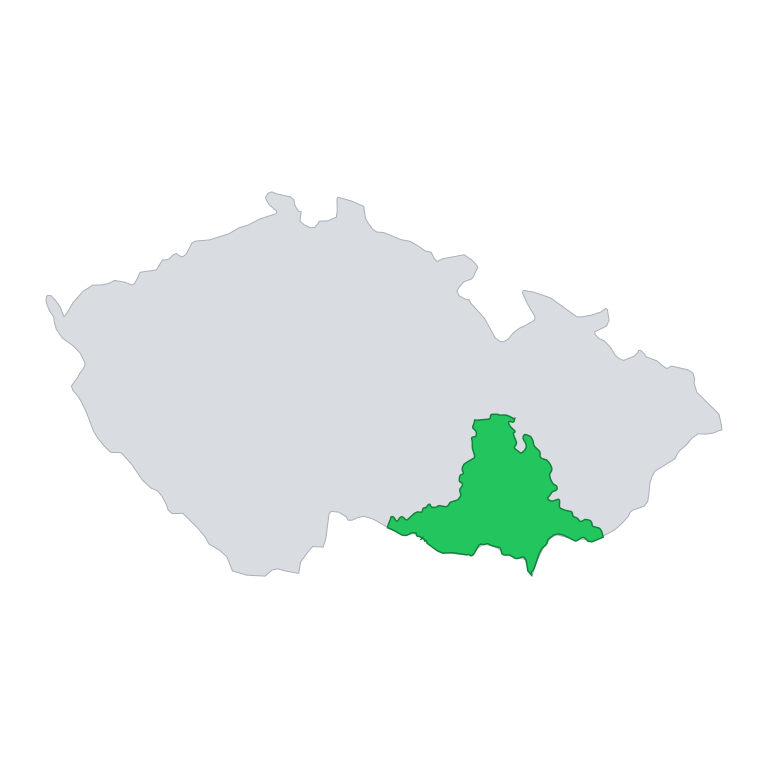 location of Jihomoravský within Czechia
{"feature_id": "CZE-10370", "entity_name": "Jihomoravský", "entity_type": "Region", "adm_level": 1, "iso_a3": "CZE", "parent_name": "Czechia", "parent_adm1": "", "projection": "orthographic", "projection_center": [16.577, 49.119], "detail": "fine", "context": "in_parent", "style": "filled", "palette": "green", "viewbox_px": 768, "rotation_deg": 0, "n_neighbors": 0, "source": "natural_earth", "source_scale": "10m", "svg_char_len": 7232}
<svg xmlns="http://www.w3.org/2000/svg" viewBox="0 0 768 768"><path d="M721.9,430.1L719.4,430.4L713.6,433.0L706.2,434.1L698.1,433.8L692.0,438.2L686.2,445.1L680.2,450.0L677.0,454.3L675.2,458.6L654.7,471.4L652.0,476.6L649.8,483.6L649.0,493.1L647.7,501.6L644.2,506.1L633.0,510.1L630.2,512.3L628.2,516.6L622.0,523.3L614.7,529.8L601.1,537.2L586.4,539.6L567.3,537.5L556.2,534.7L550.8,537.9L543.4,547.3L535.5,563.6L532.2,575.8L529.6,572.4L525.0,559.5L519.8,557.8L512.7,556.6L507.4,554.7L495.8,547.3L489.9,545.1L483.2,544.5L476.7,548.8L471.8,554.0L456.6,553.9L439.9,551.4L416.2,534.0L410.0,533.8L403.4,534.5L393.0,530.4L373.0,519.0L363.7,516.2L357.7,517.7L352.2,520.1L348.3,520.3L346.1,516.7L338.7,512.1L331.2,511.4L329.0,514.0L325.9,538.4L323.2,547.1L312.8,546.5L309.0,550.5L300.6,562.1L298.7,573.4L284.6,570.8L277.9,568.8L272.0,570.0L265.2,576.1L246.9,575.2L232.5,571.0L226.8,556.7L220.3,550.9L212.1,545.7L209.3,544.5L204.9,536.7L196.6,526.9L183.0,513.4L172.0,513.6L168.1,510.0L166.6,505.1L162.3,496.7L157.5,490.8L151.3,488.3L142.8,480.6L131.6,464.2L121.2,452.7L110.7,452.3L104.4,446.3L98.0,438.4L93.4,430.9L86.6,412.7L81.6,402.3L77.6,395.8L72.9,390.4L71.4,386.1L77.9,377.0L80.3,372.5L83.1,369.1L84.8,365.3L84.9,362.5L80.0,352.9L73.0,345.7L62.6,338.3L56.3,329.3L54.2,321.3L53.7,316.9L49.4,310.8L46.1,302.0L46.4,296.8L47.4,295.4L51.0,295.7L54.7,299.4L59.9,306.5L64.0,316.7L67.0,313.0L72.9,302.8L82.9,291.4L92.8,285.1L101.5,285.0L108.6,283.5L114.6,280.4L124.8,282.2L132.0,285.1L134.5,283.6L137.8,277.6L140.0,272.3L156.4,269.9L162.5,259.9L165.7,260.0L169.4,258.7L173.0,254.9L176.4,253.4L178.9,255.5L182.3,256.9L186.0,254.6L191.9,243.0L194.9,241.2L209.3,239.9L229.0,233.7L239.1,227.8L248.8,224.8L259.4,219.1L276.0,213.7L276.9,211.4L269.5,205.1L267.0,201.3L265.4,197.3L268.2,193.1L271.9,191.9L276.5,193.8L290.1,196.8L293.8,199.4L295.0,205.5L298.4,211.2L301.2,211.9L299.9,221.1L304.2,224.8L310.6,227.8L314.8,227.3L318.0,223.6L319.2,221.1L327.7,220.9L336.4,217.1L337.2,210.8L337.0,198.9L337.9,197.2L350.8,200.8L363.8,206.4L365.4,218.3L368.8,224.1L372.8,229.5L376.7,232.0L383.6,232.5L401.2,239.7L409.8,241.2L418.5,246.2L425.8,251.2L431.2,252.3L433.7,257.7L436.9,261.5L442.8,258.7L464.2,254.8L471.9,260.1L477.1,265.8L477.8,267.6L475.1,272.6L473.7,276.5L471.5,279.0L464.1,281.7L460.0,286.1L456.9,290.9L458.9,295.6L464.9,299.1L469.2,299.9L470.8,303.2L484.5,318.4L495.4,338.1L499.6,341.2L503.6,341.9L508.2,339.0L513.5,332.6L519.8,328.0L525.2,325.6L534.6,320.1L534.9,316.5L527.0,303.2L522.4,292.4L523.5,290.4L533.5,292.1L550.6,297.9L577.0,316.9L581.7,316.9L590.9,315.3L600.9,312.0L605.6,308.4L607.4,309.7L609.1,320.3L606.5,326.1L594.6,331.9L595.4,334.7L598.5,338.3L603.9,340.6L610.6,347.4L615.2,355.2L619.3,358.7L623.7,360.4L634.5,356.0L637.6,352.6L638.9,350.3L641.0,350.7L644.9,354.5L646.1,356.8L656.9,360.9L663.1,366.2L667.1,368.6L671.4,366.0L688.3,369.9L693.1,373.4L694.7,379.3L694.0,382.9L696.8,392.3L718.9,414.1L721.5,425.6L721.9,430.1Z" fill="#d9dde1" stroke="#a8b0b8" stroke-width="1"/><path d="M403.7,535.4L401.4,534.8L393.5,530.2L387.4,527.7L387.7,526.2L388.1,525.3L388.5,524.1L390.1,520.1L390.7,518.5L390.7,517.9L391.0,517.2L391.4,516.7L392.0,516.6L392.7,516.7L393.5,517.1L394.2,517.8L396.1,520.9L396.7,521.2L397.3,521.1L397.8,520.7L398.7,519.4L399.0,518.8L399.7,517.9L400.8,517.1L401.5,516.8L402.2,516.8L402.9,517.1L405.9,519.8L406.5,520.0L407.2,519.9L414.6,513.2L417.5,511.9L421.1,512.3L421.7,512.0L422.3,511.3L422.8,509.1L423.2,508.4L423.7,508.0L424.2,507.8L425.2,507.8L425.6,507.9L428.3,504.7L429.1,504.2L429.7,504.3L430.3,505.0L430.7,506.0L431.2,506.6L431.7,507.1L432.9,507.4L436.0,507.3L436.6,507.1L438.5,505.7L438.9,505.6L446.0,506.8L447.0,506.4L447.9,505.7L450.0,502.6L450.5,502.2L457.7,499.9L459.9,497.2L460.6,495.7L460.8,494.9L460.8,494.2L460.6,493.5L459.8,491.5L459.7,490.8L459.7,490.1L459.9,489.3L460.3,488.5L461.7,486.8L462.2,485.9L462.4,485.1L462.4,484.4L462.2,483.7L461.9,483.1L461.3,482.7L460.1,482.0L459.6,481.5L459.4,480.7L459.3,479.8L459.4,477.9L459.9,476.0L460.3,475.2L460.8,474.8L462.9,473.9L463.3,473.6L463.4,473.0L463.3,472.5L463.1,472.0L462.4,470.7L462.3,470.1L462.2,469.3L462.3,468.3L462.5,467.3L462.9,466.3L463.9,464.5L465.2,463.3L474.1,457.9L474.5,457.1L474.6,456.2L474.5,455.1L472.6,449.1L472.4,447.9L472.2,440.8L471.6,438.7L471.7,438.0L471.9,437.5L472.4,437.1L475.4,436.6L475.8,436.1L476.1,435.4L476.3,434.5L476.4,433.6L476.3,432.6L476.1,431.7L475.7,430.9L472.9,428.1L472.7,427.5L472.7,426.6L474.0,423.5L474.4,421.7L474.7,420.0L477.1,420.2L489.1,419.1L490.0,418.3L490.3,417.7L490.5,416.7L490.6,415.4L491.1,414.7L492.0,414.3L497.4,414.3L498.2,414.5L499.4,415.1L500.4,415.2L503.8,415.0L506.3,415.2L508.7,416.0L513.7,418.6L514.8,418.3L514.4,420.2L514.0,421.4L513.4,422.0L512.8,422.2L509.6,421.4L508.9,421.6L508.6,422.3L508.7,423.2L509.1,424.3L510.4,426.6L514.8,430.9L515.0,431.4L515.0,431.8L514.8,432.2L513.6,432.7L513.4,433.4L513.5,434.2L513.7,435.3L516.3,441.7L516.4,442.6L516.4,443.5L516.2,444.3L515.9,445.0L515.4,445.7L514.8,446.4L514.3,447.1L514.4,447.9L514.9,448.7L520.5,453.0L521.3,452.9L522.2,452.5L523.1,451.8L524.8,450.0L525.9,448.1L526.2,447.3L526.3,446.3L526.2,445.3L526.0,444.3L525.2,442.5L523.4,439.4L523.2,438.8L523.1,438.2L523.3,436.3L523.7,435.4L524.3,434.8L525.2,434.6L526.2,434.6L530.2,436.3L530.9,436.9L532.1,438.9L533.1,441.2L533.8,444.9L534.1,445.7L534.6,446.5L539.4,451.1L539.7,451.6L539.9,452.3L540.1,453.1L540.0,456.2L540.3,457.0L540.9,457.7L542.6,458.7L546.4,459.9L548.4,461.8L550.4,464.7L551.6,467.5L551.8,468.6L551.8,469.5L551.7,470.3L551.6,470.5L551.5,470.9L549.8,473.9L549.6,474.9L549.7,476.2L550.6,479.3L552.0,482.2L553.3,484.0L556.0,485.6L556.5,486.0L556.8,486.6L557.1,487.5L557.2,488.4L557.0,489.1L556.6,489.8L555.3,490.7L552.5,491.7L552.0,492.2L549.4,496.0L547.9,497.5L547.7,498.2L547.9,498.9L548.5,499.6L549.2,500.2L551.1,501.0L552.9,501.0L557.9,499.3L558.6,499.3L559.2,499.7L559.5,500.5L559.6,501.5L559.4,506.4L559.6,507.2L560.0,507.8L560.6,508.3L564.8,510.2L571.1,511.5L571.6,511.8L572.0,512.4L572.6,514.1L572.9,516.3L576.6,517.8L578.4,519.3L579.5,521.0L580.2,521.3L581.0,521.4L581.8,521.3L585.0,519.4L588.0,519.8L590.4,520.7L590.8,521.1L591.5,522.2L592.0,523.7L592.3,525.3L592.6,526.0L593.3,526.5L598.9,528.0L599.9,528.7L600.7,529.7L601.4,530.9L602.4,533.7L603.2,537.2L591.9,541.8L588.1,541.3L584.9,538.0L583.4,537.3L581.0,538.0L579.1,539.3L577.1,540.6L575.3,541.0L563.6,535.2L558.6,533.9L554.0,534.9L548.5,539.0L547.6,540.5L547.0,543.4L545.6,545.3L542.0,548.4L539.5,552.7L534.4,567.8L533.2,570.0L531.6,572.0L531.4,575.0L527.8,570.8L526.3,560.5L523.9,557.1L522.2,557.0L518.2,558.4L516.2,558.6L514.3,557.9L510.6,555.5L509.0,554.9L505.1,555.1L503.5,554.8L502.1,553.8L501.4,552.0L501.0,549.8L500.2,547.9L498.2,547.1L496.3,546.9L490.2,545.1L488.4,543.9L487.5,543.6L486.5,543.7L484.7,544.5L483.6,544.6L480.6,544.1L478.9,545.3L473.6,554.3L472.5,555.3L470.9,555.8L470.3,555.6L468.9,554.5L466.8,554.8L466.7,554.9L452.3,552.7L442.8,553.2L437.3,550.8L427.0,543.2L426.9,542.4L426.9,541.3L426.4,540.7L424.6,541.1L424.5,539.5L423.8,538.8L422.6,538.7L421.3,539.0L422.4,537.6L421.5,537.7L420.8,537.3L419.6,536.5L417.7,536.3L417.0,536.0L416.5,535.2L416.1,533.3L415.5,532.8L412.4,532.8L411.5,533.0L407.8,534.9L406.1,535.4L403.7,535.4Z" fill="#22c55e" stroke="#15803d" stroke-width="1.5"/></svg>